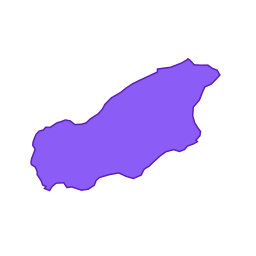 outline of Monagri, Limassol, Cyprus, rotated 254°
{"feature_id": "46923920B77893403419500", "entity_name": "Monagri", "entity_type": "district", "adm_level": 2, "iso_a3": "CYP", "parent_name": "Cyprus", "parent_adm1": "Limassol", "projection": "robinson", "projection_center": [32.913, 34.791], "detail": "fine", "context": "isolated", "style": "filled", "palette": "violet", "viewbox_px": 256, "rotation_deg": 254, "n_neighbors": 0, "source": "geoboundaries", "source_scale": "gbopen_adm2", "svg_char_len": 1221}
<svg xmlns="http://www.w3.org/2000/svg" viewBox="0 0 256 256"><g transform="rotate(254 128 128)"><path d="M92.8,31.1L89.5,35.4L92.8,39.1L94.8,43.8L93.0,51.2L87.6,52.8L86.9,57.6L83.8,62.2L81.1,66.1L80.1,72.6L82.3,79.9L86.3,82.8L88.3,86.9L88.3,98.1L87.3,106.8L81.9,113.1L78.0,119.3L79.1,127.6L84.1,132.3L85.4,137.6L88.8,144.0L92.4,151.3L94.7,157.7L94.7,161.3L94.6,166.0L91.2,171.1L91.8,176.4L94.2,180.1L94.7,186.7L95.5,189.8L95.7,190.9L97.6,190.0L100.7,194.9L101.5,195.3L104.7,196.8L108.7,195.2L114.6,193.5L121.7,193.5L130.1,196.5L135.2,204.3L140.1,208.0L146.3,213.1L147.3,220.2L150.3,225.6L153.6,230.9L159.0,229.6L162.1,225.5L166.4,222.2L168.1,216.0L170.4,209.1L176.5,206.0L178.0,204.6L177.2,203.3L175.7,197.4L174.6,185.7L176.6,172.6L173.7,171.7L170.7,152.8L169.3,144.7L166.7,136.7L164.2,130.8L161.6,120.3L157.1,112.4L153.1,108.5L149.7,103.0L147.2,94.4L144.5,89.4L144.4,84.5L146.0,77.7L150.7,74.5L153.0,70.0L152.5,64.8L152.6,61.4L150.1,53.3L151.4,49.0L149.4,46.1L149.5,41.7L147.2,37.9L144.8,35.9L140.7,32.9L137.7,31.7L133.1,32.9L128.3,29.3L124.9,26.8L121.5,25.2L119.4,25.1L116.0,28.1L111.3,28.7L110.1,28.4L108.2,27.8L101.7,29.9L96.7,30.3L94.4,33.0L92.8,31.1Z" fill="#8b5cf6" stroke="#5b21b6" stroke-width="1.5"/></g></svg>